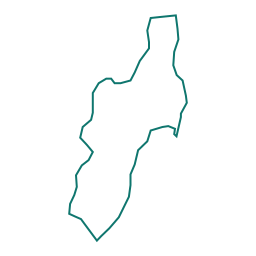 outline of Yuseong-gu, Daejeon, South Korea
{"feature_id": "91817680B90442190394967", "entity_name": "Yuseong-gu", "entity_type": "district", "adm_level": 2, "iso_a3": "KOR", "parent_name": "South Korea", "parent_adm1": "Daejeon", "projection": "equal_earth", "projection_center": [127.336, 36.369], "detail": "fine", "context": "isolated", "style": "outline", "palette": "teal", "viewbox_px": 256, "rotation_deg": 0, "n_neighbors": 0, "source": "geoboundaries", "source_scale": "gbopen_adm2", "svg_char_len": 792}
<svg xmlns="http://www.w3.org/2000/svg" viewBox="0 0 256 256"><path d="M175.8,15.4L159.1,17.1L150.7,18.0L147.3,30.5L149.0,42.1L149.0,48.4L139.8,60.9L134.7,72.5L130.5,80.5L120.5,83.2L114.6,83.2L111.2,78.7L106.2,78.7L98.7,83.2L92.8,93.0L92.8,112.7L91.1,119.8L82.7,127.0L80.2,137.7L86.9,144.9L92.8,152.0L88.6,160.1L81.8,165.4L78.4,171.2L76.0,175.3L76.8,186.9L74.3,195.0L70.1,203.9L69.2,213.8L75.1,216.5L81.0,219.1L84.3,223.6L96.9,240.6L101.1,236.2L109.5,228.1L118.8,217.3L128.9,196.8L130.5,185.1L130.5,174.4L134.7,164.5L138.1,150.2L147.3,141.3L150.7,130.5L162.4,127.0L168.3,126.1L175.0,128.8L174.2,134.1L176.5,136.3L180.9,117.1L180.9,113.6L186.8,102.8L185.9,95.7L182.6,80.5L176.7,75.1L173.3,65.3L174.2,51.9L178.4,39.4L177.5,28.7L175.8,15.4Z" fill="none" stroke="#0f766e" stroke-width="2"/></svg>